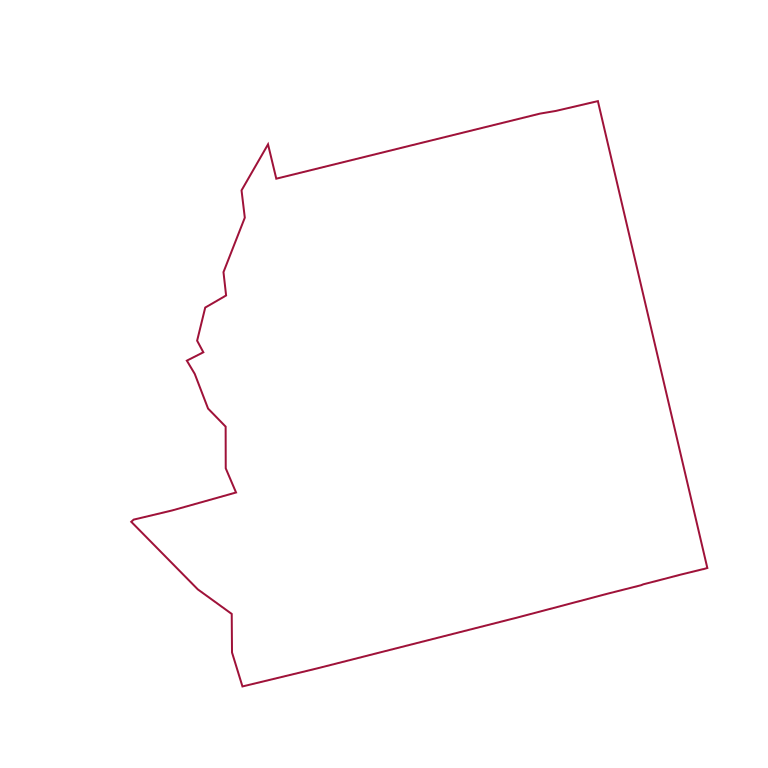 the district of Henry, Tennessee, United States of America, rotated 165°
{"feature_id": "52423323B42706249994053", "entity_name": "Henry", "entity_type": "district", "adm_level": 2, "iso_a3": "USA", "parent_name": "United States of America", "parent_adm1": "Tennessee", "projection": "equal_earth", "projection_center": [-88.245, 36.311], "detail": "fine", "context": "isolated", "style": "outline", "palette": "rose", "viewbox_px": 768, "rotation_deg": 165, "n_neighbors": 0, "source": "geoboundaries", "source_scale": "gbopen_adm2", "svg_char_len": 634}
<svg xmlns="http://www.w3.org/2000/svg" viewBox="0 0 768 768"><g transform="rotate(165 384 384)"><path d="M119.3,122.6L104.2,601.9L147.4,603.3L163.4,604.8L434.9,610.2L434.0,645.5L471.5,607.9L475.4,580.7L510.1,533.6L513.6,510.4L536.9,504.1L553.3,474.2L550.3,461.4L568.4,457.6L564.2,442.8L560.3,405.8L548.0,383.8L558.7,343.5L555.0,317.5L621.4,316.7L660.9,317.8L663.8,316.3L617.0,233.8L590.6,201.3L600.3,164.0L599.0,128.5L522.2,126.6L321.9,124.0L316.6,123.9L311.5,123.9L222.9,123.6L187.8,123.1L185.4,123.4L164.6,123.2L147.5,123.1L147.4,123.1L123.9,122.6L123.5,122.5L119.3,122.6Z" fill="none" stroke="#9f1239" stroke-width="2"/></g></svg>